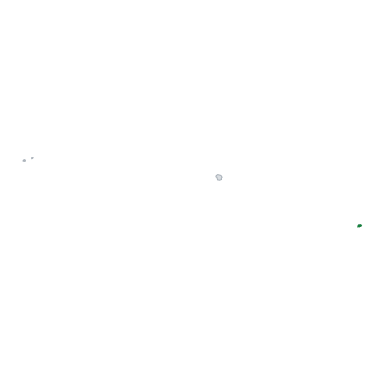 Utwe, Kosrae, Federated States of Micronesia shown in context
{"feature_id": "79324940B42296922872793", "entity_name": "Utwe", "entity_type": "district", "adm_level": 2, "iso_a3": "FSM", "parent_name": "Federated States of Micronesia", "parent_adm1": "Kosrae", "projection": "orthographic", "projection_center": [162.945, 5.291], "detail": "fine", "context": "in_parent", "style": "filled", "palette": "green", "viewbox_px": 384, "rotation_deg": 0, "n_neighbors": 0, "source": "geoboundaries", "source_scale": "gbopen_adm2", "svg_char_len": 1317}
<svg xmlns="http://www.w3.org/2000/svg" viewBox="0 0 384 384"><path d="M221.5,179.5L219.7,180.2L217.6,179.9L216.9,177.4L215.9,176.8L216.2,175.6L217.7,174.6L220.9,175.4L222.1,177.2L221.3,178.3L221.5,179.5ZM25.3,161.0L25.1,161.4L23.3,161.2L23.0,161.0L23.2,160.8L24.1,160.7L24.2,160.1L23.7,160.0L24.1,159.7L24.8,159.7L25.2,160.0L25.4,160.5L25.3,161.0ZM360.4,224.7L360.7,226.1L358.8,225.4L358.5,224.9L359.6,224.4L360.4,224.7ZM32.2,158.6L31.7,158.7L31.6,157.8L31.8,157.6L32.2,157.5L33.1,157.8L32.2,158.6Z" fill="#d9dde1" stroke="#a8b0b8" stroke-width="1"/><path d="M360.4,225.0L360.2,225.0L359.9,225.2L359.9,225.3L359.7,225.3L359.4,225.3L359.2,225.4L359.1,225.5L358.9,225.7L358.7,225.7L358.4,225.8L358.2,225.9L358.2,226.0L358.2,225.9L358.1,226.0L358.1,225.9L358.1,226.0L358.3,226.2L358.5,226.2L358.5,226.3L358.8,226.3L359.0,226.4L359.1,226.5L359.3,226.4L359.5,226.4L359.8,226.3L359.8,226.2L359.7,226.2L359.7,226.3L359.4,226.4L359.2,226.4L358.9,226.4L359.0,226.3L359.3,226.3L359.4,226.2L359.5,226.2L359.5,226.3L359.6,226.2L359.6,226.3L359.6,226.2L359.8,226.0L359.9,225.9L359.9,226.0L360.0,226.0L360.1,226.3L360.3,226.4L360.3,226.5L360.3,226.4L360.5,226.2L360.8,226.0L360.9,225.9L361.0,225.7L360.9,225.7L360.9,225.4L360.8,225.1L360.7,225.1L360.4,225.0L360.4,225.0Z" fill="#22c55e" stroke="#15803d" stroke-width="1.5"/></svg>